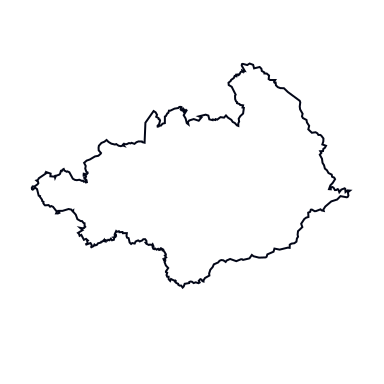 the district of Pihuamo, Jalisco, Mexico, rotated 244°
{"feature_id": "50627088B45338905854221", "entity_name": "Pihuamo", "entity_type": "district", "adm_level": 2, "iso_a3": "MEX", "parent_name": "Mexico", "parent_adm1": "Jalisco", "projection": "mercator", "projection_center": [-103.387, 19.169], "detail": "fine", "context": "isolated", "style": "outline", "palette": "ink", "viewbox_px": 384, "rotation_deg": 244, "n_neighbors": 0, "source": "geoboundaries", "source_scale": "gbopen_adm2", "svg_char_len": 6056}
<svg xmlns="http://www.w3.org/2000/svg" viewBox="0 0 384 384"><g transform="rotate(244 192 192)"><path d="M124.0,334.6L125.3,332.4L124.7,330.0L127.7,331.1L128.4,330.8L128.7,327.3L127.2,324.3L130.2,324.6L130.8,324.0L130.5,322.6L131.1,321.3L133.8,321.1L135.0,320.3L135.2,318.6L133.6,317.9L134.5,316.4L137.3,319.3L138.5,322.5L140.8,326.2L142.6,326.1L144.3,324.6L146.4,325.2L149.2,323.0L152.4,322.8L154.8,321.7L158.2,322.4L161.0,322.1L164.9,323.4L169.5,323.2L170.4,325.4L172.4,325.2L171.4,327.7L173.2,329.0L173.5,330.9L174.8,332.7L177.6,330.0L179.9,332.2L182.5,333.6L186.0,332.9L187.1,332.3L187.9,330.6L189.8,330.4L191.5,329.3L192.7,325.7L197.3,324.0L200.1,326.3L204.1,325.8L206.6,326.5L209.8,324.1L211.8,324.0L213.8,325.7L218.9,325.4L221.6,326.3L225.1,328.6L226.8,328.8L239.8,322.0L245.0,320.1L246.6,317.0L248.6,315.1L251.1,314.2L253.6,315.1L254.0,314.1L255.0,314.0L256.2,315.9L258.4,311.3L259.9,310.4L262.9,312.3L265.7,311.1L266.8,309.0L267.8,309.4L270.2,307.8L272.4,308.4L274.7,307.6L275.9,302.0L279.5,302.7L282.2,300.1L281.9,297.3L284.9,293.8L285.0,292.9L283.8,292.1L277.7,292.5L278.3,291.7L277.7,291.3L279.1,290.4L278.0,290.1L278.6,289.7L278.5,288.4L276.8,286.0L276.7,284.8L277.5,284.9L278.1,283.1L276.6,282.5L277.6,281.2L276.1,279.5L275.6,276.3L274.9,275.6L274.2,272.7L272.0,271.9L269.2,273.8L260.3,273.9L259.7,272.9L256.6,271.5L254.2,271.3L253.0,271.9L252.1,271.4L250.2,273.3L249.2,273.4L247.5,275.9L245.8,274.4L244.9,275.5L240.1,272.3L239.0,268.6L237.4,266.1L234.6,265.2L233.4,263.7L231.1,262.6L232.2,261.6L235.3,260.7L237.1,259.3L239.6,259.0L243.1,256.9L245.9,256.1L244.8,253.4L246.8,250.4L246.0,246.4L247.1,245.2L246.5,244.5L248.0,242.6L247.5,242.1L249.7,239.4L253.5,240.2L255.5,238.2L257.0,231.3L254.9,233.2L253.1,229.3L256.8,225.5L257.5,220.9L256.6,218.9L254.4,218.4L256.2,217.5L260.9,218.5L264.7,218.2L267.7,222.9L268.4,222.6L267.6,219.7L268.5,219.6L269.8,220.9L270.9,220.6L269.6,218.9L270.2,218.2L271.3,218.0L273.1,219.6L273.5,219.1L274.0,217.9L273.5,216.4L274.6,212.8L274.6,208.2L275.2,206.9L273.5,205.4L273.5,204.3L271.7,201.8L271.7,200.7L265.8,197.8L266.3,195.5L265.3,193.1L266.0,192.0L265.5,190.8L265.8,189.8L266.5,190.0L267.5,192.3L270.2,194.6L271.4,194.7L272.0,194.0L273.1,194.3L275.3,192.8L276.7,194.4L279.6,194.2L281.6,193.0L274.7,180.5L257.1,171.0L258.6,169.2L259.3,169.2L260.9,166.1L261.1,163.9L260.5,161.4L262.7,159.2L262.6,158.1L263.6,156.8L263.6,154.2L264.6,152.3L265.2,152.0L264.9,150.8L263.3,151.1L264.0,150.4L264.4,148.1L265.8,146.3L268.3,144.9L268.4,143.6L270.8,140.7L273.6,138.9L276.2,138.0L275.6,135.4L275.8,132.1L274.4,128.6L272.7,127.4L270.3,126.4L266.9,127.3L266.4,126.6L265.6,123.7L266.5,120.4L266.0,114.4L266.4,111.1L265.5,107.8L262.0,107.9L259.8,106.3L256.3,105.9L255.5,106.7L254.7,106.5L254.1,105.0L255.9,102.7L254.8,102.0L254.2,101.8L254.0,102.9L252.5,103.6L251.6,102.7L251.9,101.4L251.2,101.2L249.0,102.4L246.9,101.8L247.1,100.8L248.6,100.4L248.8,99.2L249.9,99.0L250.3,97.9L252.4,96.1L253.1,93.7L254.3,92.0L256.2,90.7L263.5,90.4L265.1,89.1L265.1,88.3L267.2,86.7L268.9,86.8L268.8,85.3L267.8,84.1L268.4,83.4L266.2,81.4L265.8,80.1L266.2,76.8L264.8,75.2L266.5,75.6L266.4,74.6L268.2,71.6L270.5,73.0L273.7,69.8L272.9,69.6L273.3,68.8L272.7,68.6L271.5,60.3L270.3,58.7L270.5,57.3L268.6,58.1L267.2,57.7L266.6,56.5L266.0,52.8L266.9,51.2L265.9,49.8L264.6,49.4L263.9,49.9L264.7,52.9L262.5,54.0L255.9,52.6L255.0,53.6L254.5,53.2L251.0,53.8L249.5,53.4L248.2,54.2L247.3,53.5L245.7,53.6L244.4,54.1L243.1,57.4L241.0,58.0L241.1,59.3L239.6,60.6L233.5,61.9L232.3,60.5L231.5,62.1L231.4,63.7L233.5,63.8L231.8,67.4L230.8,73.6L229.1,75.8L227.2,76.2L227.4,77.0L226.6,76.5L222.6,77.6L217.8,77.1L214.7,79.2L214.1,80.4L211.6,81.0L211.0,81.7L208.8,80.7L206.7,80.9L207.9,80.3L207.0,79.4L207.4,77.7L208.9,75.7L205.7,77.0L205.2,71.6L203.8,72.1L201.9,71.8L202.0,73.7L196.4,73.9L196.3,76.2L194.2,77.1L194.2,76.4L191.7,75.7L191.6,74.0L191.1,74.0L190.6,78.4L188.5,78.6L187.0,77.9L186.5,76.5L186.5,79.9L187.6,81.3L186.4,81.9L186.2,83.3L187.1,85.0L186.5,87.9L187.1,88.7L186.7,89.7L187.4,91.7L186.6,91.3L185.3,92.7L186.5,93.4L185.4,94.7L185.8,95.7L184.8,96.7L185.6,98.6L183.7,98.9L183.3,100.8L184.8,102.0L185.6,101.6L185.2,103.2L186.3,103.4L185.9,104.5L187.0,104.9L188.0,104.1L190.1,106.7L189.2,107.0L188.8,109.1L187.7,109.1L186.5,112.0L185.3,111.8L183.6,115.4L181.3,113.9L179.5,113.6L178.3,114.8L173.9,113.8L172.0,114.5L172.3,115.9L170.8,117.9L172.2,119.6L172.2,121.7L172.0,122.5L170.5,123.3L170.3,126.0L170.9,127.5L170.1,129.2L168.1,129.6L166.4,128.9L166.7,128.1L165.5,128.3L163.3,130.0L163.2,131.1L162.0,132.7L162.4,133.7L160.2,133.6L160.0,132.5L158.0,132.3L157.2,133.0L157.6,133.9L155.7,134.9L155.8,136.6L154.3,137.0L154.0,138.6L154.8,138.2L155.1,139.4L152.9,140.9L152.2,140.1L151.2,140.9L147.5,141.2L146.8,140.8L146.8,139.8L144.5,140.1L144.4,138.4L143.5,138.3L144.1,137.0L142.5,136.9L141.7,137.6L140.9,136.6L137.4,136.3L134.1,137.3L132.1,133.8L131.5,133.5L130.3,134.3L128.5,132.7L126.7,132.6L126.1,133.8L123.9,132.8L121.7,133.4L123.0,135.0L120.2,137.1L119.8,138.2L119.1,138.4L118.6,137.5L117.1,138.0L115.6,139.3L114.7,139.0L113.3,139.8L112.6,141.3L110.2,141.7L110.7,143.1L112.7,145.2L111.4,149.5L112.3,150.1L112.2,151.4L111.4,152.6L109.4,153.6L109.2,155.7L107.2,157.9L107.3,159.2L109.2,159.2L110.0,161.3L109.2,162.1L107.3,162.3L106.5,163.1L107.6,163.7L109.0,166.0L109.3,171.0L111.3,171.7L114.1,174.4L115.5,177.7L117.4,179.9L117.2,184.6L118.1,186.6L118.0,188.5L116.9,190.2L114.4,191.6L115.2,193.1L115.1,196.9L110.4,201.5L110.1,206.4L109.6,207.5L108.6,208.1L107.3,213.8L107.2,214.6L109.2,218.2L107.3,219.1L103.6,223.5L100.9,229.6L101.1,230.7L102.9,232.4L102.6,239.1L105.0,241.3L101.8,245.5L100.0,253.7L99.0,255.3L101.8,256.8L102.0,258.7L101.1,261.6L101.6,264.1L104.2,265.9L105.3,267.7L107.3,268.2L110.3,270.1L112.1,275.8L115.6,276.2L118.5,281.1L118.9,283.4L118.5,285.7L122.5,287.4L122.4,289.5L124.0,291.0L123.7,292.0L121.0,293.8L120.5,295.0L120.1,299.9L118.7,300.4L117.3,302.1L118.6,302.3L120.5,305.4L122.5,313.1L121.6,319.2L123.2,323.6L119.4,328.8L119.3,329.7L120.2,331.0L123.4,332.0L124.0,334.6Z" fill="none" stroke="#020617" stroke-width="2"/></g></svg>